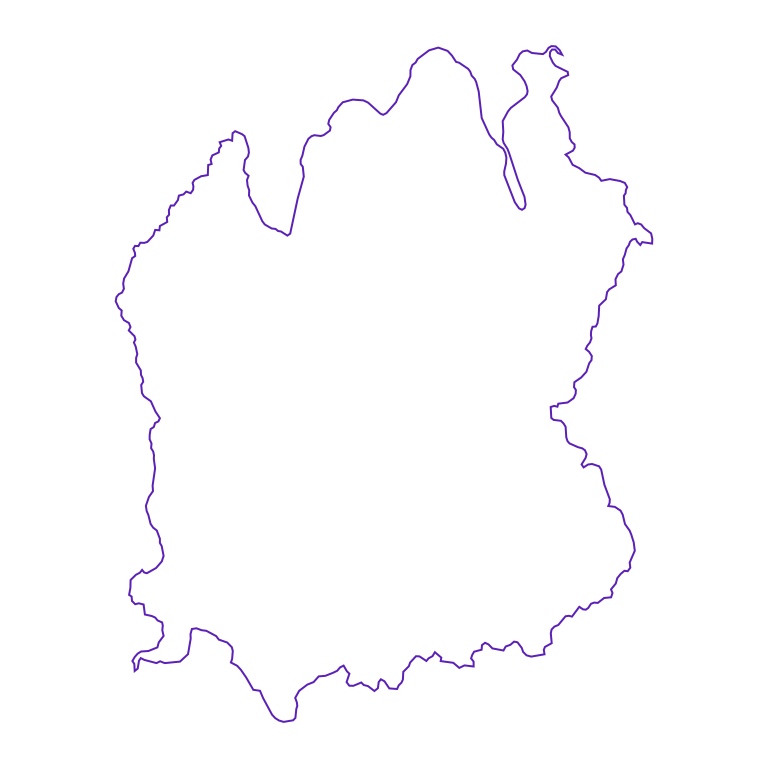 outline of Itamarandiba, Minas Gerais, Brazil
{"feature_id": "56859067B40667879331711", "entity_name": "Itamarandiba", "entity_type": "district", "adm_level": 2, "iso_a3": "BRA", "parent_name": "Brazil", "parent_adm1": "Minas Gerais", "projection": "natural_earth1", "projection_center": [-42.866, -17.848], "detail": "fine", "context": "isolated", "style": "outline", "palette": "violet", "viewbox_px": 768, "rotation_deg": 0, "n_neighbors": 0, "source": "geoboundaries", "source_scale": "gbopen_adm2", "svg_char_len": 6074}
<svg xmlns="http://www.w3.org/2000/svg" viewBox="0 0 768 768"><path d="M640.3,245.0L642.2,242.1L652.1,243.6L652.3,238.8L651.1,233.4L644.1,228.1L641.2,224.5L637.8,223.2L635.0,224.4L630.4,215.1L627.5,211.9L627.0,207.9L624.4,204.7L623.9,195.7L625.6,193.3L625.9,190.0L627.2,187.1L624.8,182.9L620.0,181.0L609.8,179.1L601.3,180.8L599.1,177.7L595.2,175.0L585.4,172.7L579.2,168.1L572.6,164.8L568.7,157.4L565.6,154.6L573.0,150.6L574.7,147.6L574.5,144.4L571.8,142.1L569.8,138.4L569.7,132.2L568.4,127.3L560.9,115.9L559.2,112.6L557.8,107.6L552.2,100.3L551.2,96.5L556.8,87.5L559.1,81.1L561.2,78.2L568.2,75.1L567.7,71.9L555.5,65.9L552.9,62.7L549.8,56.1L550.1,52.1L552.1,49.5L555.2,49.5L557.9,53.0L562.1,54.7L559.6,50.1L555.7,46.4L551.5,46.1L548.6,47.8L546.0,51.8L543.0,54.1L532.0,53.0L527.3,50.5L522.7,51.4L519.7,54.1L517.0,59.6L512.4,65.4L513.2,69.4L520.3,75.0L524.6,81.3L526.6,86.2L527.6,91.1L527.0,94.3L524.8,97.2L510.8,107.9L508.0,111.4L502.7,121.1L503.3,131.9L502.7,139.3L503.6,142.8L507.5,149.0L509.0,152.8L517.9,180.1L524.5,196.9L525.6,204.7L524.6,208.1L522.0,209.8L519.1,208.4L514.8,202.2L504.3,175.2L504.2,171.6L506.0,163.5L506.4,157.7L505.3,152.8L503.3,148.8L496.8,144.3L494.2,140.0L491.4,137.6L489.2,134.4L481.7,118.0L478.7,91.5L476.1,81.8L474.6,78.8L471.7,75.7L470.2,71.6L468.2,68.9L459.1,62.7L456.1,61.9L451.9,55.5L447.6,50.9L438.3,47.6L429.1,50.3L417.7,58.9L415.6,62.6L412.4,65.0L410.5,70.0L410.4,76.3L407.2,84.1L398.8,95.3L396.0,102.2L386.5,113.1L383.1,114.8L380.3,113.6L368.2,102.7L363.5,100.4L352.8,99.6L342.7,102.3L338.3,107.2L336.8,110.3L334.0,112.7L329.2,119.9L328.3,123.9L330.6,127.2L329.9,130.6L323.7,135.1L320.8,136.0L314.3,135.2L311.5,136.2L308.4,138.8L304.4,146.7L302.4,155.6L300.6,159.9L300.7,164.0L302.8,166.8L303.8,176.6L297.7,198.5L290.2,233.6L287.4,235.6L281.0,231.5L278.1,231.0L275.5,228.9L271.7,228.5L264.8,224.5L262.3,221.2L255.3,206.1L252.5,202.7L249.0,195.5L249.2,190.3L247.6,185.6L247.0,180.0L248.6,175.8L245.1,172.8L243.6,170.0L245.0,160.0L248.0,156.5L248.9,152.6L248.4,148.0L244.6,136.2L242.1,134.2L235.2,131.2L232.6,133.2L232.1,140.7L228.4,139.5L219.7,142.2L221.2,145.9L219.2,148.5L218.8,152.4L212.3,155.4L210.6,159.6L211.6,164.0L208.2,165.0L207.8,175.1L201.2,176.2L194.4,179.9L192.6,182.9L193.4,186.3L193.1,189.8L190.7,193.2L186.2,191.6L183.5,194.4L178.9,195.6L177.9,200.1L174.0,205.5L170.8,205.5L168.9,210.0L169.1,214.7L166.8,217.3L167.2,222.0L159.9,226.0L159.4,230.3L155.2,229.9L153.3,235.5L147.4,241.9L144.2,242.9L140.3,242.7L138.4,246.1L135.0,245.9L133.3,248.8L134.9,252.8L135.2,256.0L132.1,258.2L128.4,271.4L124.1,278.5L123.2,283.6L123.9,288.8L122.0,292.6L118.8,294.2L116.5,297.0L115.7,301.3L118.8,308.0L121.7,310.5L121.3,315.7L124.0,320.2L128.9,323.0L130.5,327.0L128.8,330.5L134.5,336.2L135.4,339.6L133.9,342.5L135.7,346.6L137.3,354.1L136.1,358.0L136.1,362.6L140.8,370.4L141.0,374.9L142.6,378.1L143.2,381.8L141.2,385.0L142.0,393.1L143.9,396.3L150.9,401.3L155.4,411.4L159.9,418.2L158.4,421.4L155.1,423.0L153.8,427.0L150.6,429.1L149.7,434.7L149.6,439.2L151.5,443.5L151.1,448.2L153.2,451.5L154.0,455.3L153.8,458.8L155.1,468.3L152.6,485.7L153.0,491.1L149.0,496.8L145.9,505.8L146.7,511.1L148.4,515.1L150.6,523.9L153.1,527.6L156.8,530.5L159.9,538.8L159.9,542.9L161.7,546.1L163.6,555.9L161.8,561.4L156.1,568.0L146.9,573.2L144.2,572.5L142.1,569.9L139.9,572.7L135.9,574.8L130.6,580.0L130.4,587.8L129.1,594.9L131.6,596.5L132.0,601.0L135.2,604.2L138.8,603.3L143.6,604.5L144.9,614.5L151.7,616.0L155.1,617.5L157.7,620.5L162.1,622.4L162.8,625.5L162.3,630.2L163.6,635.9L158.8,642.3L157.4,647.4L148.4,651.0L141.1,651.5L137.7,653.6L134.8,656.9L132.4,661.0L134.3,663.9L134.7,671.0L137.7,668.6L139.0,660.7L140.8,658.1L144.3,659.9L156.5,663.1L160.1,661.3L164.7,663.1L180.0,661.6L188.0,654.2L190.7,638.6L190.5,634.2L191.9,629.0L196.4,628.3L201.6,630.2L206.3,630.8L216.2,636.1L218.8,639.6L227.2,642.5L231.8,647.2L232.8,651.0L232.1,659.1L230.9,662.5L237.2,665.8L240.8,669.7L246.2,677.5L253.3,689.8L260.0,690.8L263.1,698.1L272.0,714.6L275.2,718.1L279.0,720.5L283.7,721.9L293.1,720.3L295.4,717.9L296.3,709.0L297.3,705.9L296.8,702.2L295.2,697.9L299.2,690.8L307.3,684.6L313.6,682.1L318.7,676.4L325.4,675.8L332.8,672.9L337.2,670.8L340.1,667.4L343.6,665.6L346.9,671.3L349.4,673.7L346.6,682.1L349.3,685.7L353.4,685.8L361.3,682.5L363.7,685.0L368.0,686.1L374.4,691.0L377.9,688.2L378.7,682.1L380.9,679.3L384.5,681.3L389.3,688.4L397.1,689.0L398.7,685.4L401.5,682.6L402.9,679.5L403.3,671.8L408.9,666.2L410.1,662.6L416.0,656.2L419.5,656.4L426.4,661.0L428.6,658.3L432.5,656.2L434.9,652.2L441.3,657.6L440.7,661.1L453.3,662.8L459.3,667.9L464.5,665.4L473.6,666.5L473.6,661.6L471.1,658.4L472.2,655.0L474.1,651.7L481.6,649.7L482.0,645.1L485.1,642.8L488.5,644.4L492.4,648.4L503.5,650.5L505.7,646.5L510.4,644.8L514.1,641.6L517.5,642.3L521.8,648.0L523.1,651.9L526.5,655.3L531.2,656.6L544.5,654.3L543.8,649.8L545.0,646.9L551.7,643.2L550.8,633.3L551.6,629.5L554.4,626.6L558.3,625.0L565.5,616.3L568.9,615.8L572.0,616.6L579.3,606.8L582.9,609.3L585.7,609.7L588.2,608.0L591.0,603.8L594.1,602.6L597.8,602.9L604.1,598.0L611.1,597.3L612.5,593.0L611.0,589.4L615.8,583.5L617.3,578.1L620.7,573.9L624.4,570.8L627.7,571.2L630.3,567.7L629.7,562.5L634.8,550.7L633.7,542.3L631.2,534.4L629.7,530.7L625.0,524.1L622.7,514.7L620.6,510.7L614.9,506.9L608.3,506.0L609.6,502.9L609.8,499.2L604.4,484.7L601.2,469.6L599.1,466.3L592.1,464.0L588.1,464.5L583.6,467.4L581.6,464.4L585.6,457.9L586.6,454.1L585.0,450.3L582.4,448.4L577.8,447.1L569.5,443.4L567.5,441.1L566.3,437.4L565.6,426.8L563.6,423.5L560.9,420.8L553.6,419.9L551.3,418.0L550.7,407.0L554.2,405.9L557.4,406.7L558.3,403.7L567.6,402.5L573.6,398.2L575.6,393.9L575.9,390.0L574.0,387.1L574.4,382.2L581.2,377.5L586.4,371.8L589.2,363.3L591.5,360.1L591.8,356.0L589.1,351.8L585.7,349.0L587.4,345.6L590.0,342.4L591.5,338.3L590.9,335.0L591.2,331.0L592.5,326.8L595.8,326.5L597.4,323.5L598.7,316.0L599.2,305.6L605.9,299.2L607.1,292.1L609.3,289.3L615.8,285.3L615.5,279.2L618.1,274.0L621.4,271.4L623.5,264.7L622.9,259.3L624.8,254.9L626.5,248.5L628.8,245.2L630.1,241.7L632.4,239.5L635.7,238.8L637.1,241.7L640.3,245.0Z" fill="none" stroke="#5b21b6" stroke-width="2"/></svg>